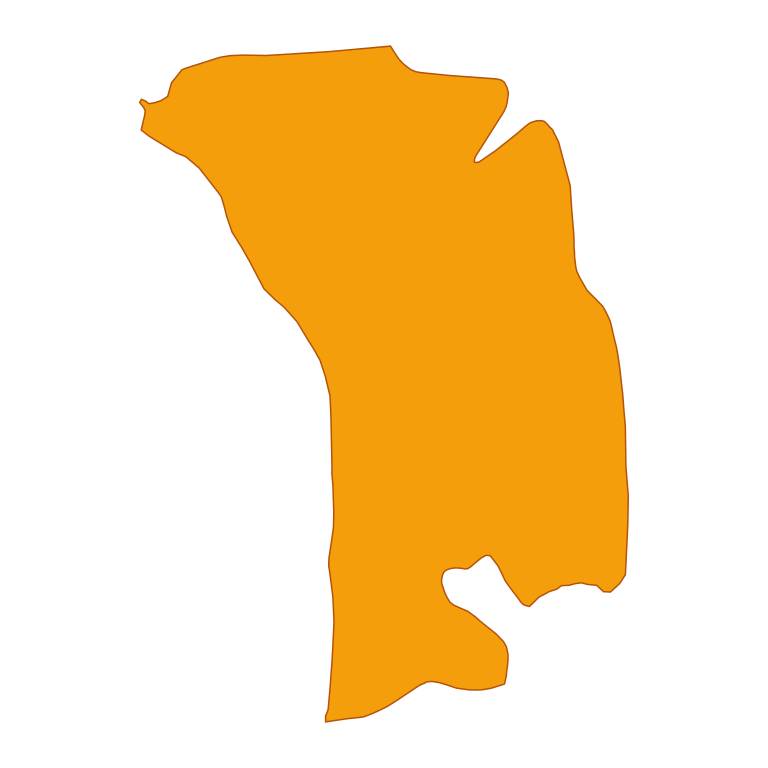 Thakhek, Khammouan, Laos
{"feature_id": "54806243B53814291483739", "entity_name": "Thakhek", "entity_type": "district", "adm_level": 2, "iso_a3": "LAO", "parent_name": "Laos", "parent_adm1": "Khammouan", "projection": "robinson", "projection_center": [104.881, 17.385], "detail": "fine", "context": "isolated", "style": "filled", "palette": "amber", "viewbox_px": 768, "rotation_deg": 0, "n_neighbors": 0, "source": "geoboundaries", "source_scale": "gbopen_adm2", "svg_char_len": 2837}
<svg xmlns="http://www.w3.org/2000/svg" viewBox="0 0 768 768"><path d="M141.2,130.0L149.1,136.2L176.0,152.7L186.0,156.8L199.2,168.1L217.6,191.6L221.3,196.8L224.3,206.8L226.7,216.5L232.1,232.2L241.5,247.1L249.4,261.0L263.9,288.7L275.1,299.7L284.1,307.2L297.0,321.7L308.2,340.3L313.8,349.2L320.0,360.2L325.3,376.2L330.0,396.0L330.9,415.1L331.6,447.8L332.0,466.1L332.0,466.3L331.9,473.5L332.9,484.9L333.8,513.1L333.4,528.0L330.9,545.3L329.0,557.8L328.7,566.2L329.7,572.0L332.9,597.1L334.0,621.7L332.8,647.3L331.9,663.0L330.1,687.3L328.1,709.6L326.5,714.0L325.9,715.2L325.6,715.7L325.6,721.9L346.5,718.8L359.8,717.4L363.9,716.8L370.9,714.1L377.8,711.1L387.0,706.6L393.6,702.5L419.0,685.6L422.4,684.0L424.3,683.3L426.6,681.9L431.9,681.4L439.3,682.6L445.6,684.5L456.4,688.1L468.4,689.8L475.9,690.0L482.0,689.8L486.9,689.0L490.9,688.3L496.4,686.6L504.5,684.0L506.3,676.0L506.7,671.2L507.4,666.2L508.0,660.3L508.0,654.3L506.3,646.5L503.4,641.5L495.8,633.7L490.1,629.1L485.9,625.8L480.3,621.3L475.3,616.8L470.9,613.6L467.9,611.3L462.6,609.1L453.7,605.1L449.9,602.2L447.2,597.7L445.0,593.2L443.3,588.2L441.7,583.5L441.6,579.8L442.4,575.3L443.8,572.2L445.8,570.3L448.0,569.4L449.9,568.7L454.3,568.0L457.9,568.0L460.8,568.2L464.6,568.9L467.6,568.7L470.7,566.8L473.5,564.4L481.4,557.8L484.0,556.4L485.9,555.4L487.7,555.4L490.1,555.7L492.0,558.0L497.9,565.7L502.2,574.4L505.0,580.4L508.4,585.4L513.3,592.0L517.8,597.8L519.9,600.8L522.2,603.7L524.4,605.1L529.4,606.5L539.0,597.1L549.7,591.4L556.7,589.2L561.6,585.6L569.1,585.3L574.9,583.7L581.3,582.8L587.4,584.4L596.6,585.3L603.6,591.7L610.5,592.0L619.8,583.4L625.4,574.7L625.8,566.5L627.8,524.3L628.3,496.2L625.9,466.3L625.4,430.3L625.3,426.0L624.8,420.0L623.9,410.3L622.7,393.9L621.9,387.4L619.8,368.3L618.9,361.9L618.0,356.0L616.6,348.0L613.0,333.2L611.9,328.0L610.9,323.7L609.7,319.9L605.8,311.7L602.6,306.1L587.1,290.4L579.7,277.6L576.9,271.6L575.9,267.6L575.2,261.9L574.6,257.2L574.5,252.3L574.0,246.7L574.0,243.2L574.0,242.4L573.9,238.0L573.8,234.4L572.4,217.6L571.6,208.1L570.2,185.7L558.6,142.1L555.1,135.0L552.6,129.9L548.6,125.9L546.7,123.6L544.3,121.4L541.7,120.7L539.1,120.7L537.0,120.7L534.4,121.4L531.8,122.2L529.4,123.3L525.5,126.3L517.4,133.3L495.4,150.8L479.1,162.0L476.5,162.4L475.4,162.4L474.4,162.0L474.4,160.2L474.8,158.3L475.9,155.8L503.8,111.8L506.2,106.5L507.2,102.2L507.9,96.6L508.4,93.7L507.9,90.7L506.8,87.0L505.4,84.3L504.1,81.9L500.8,79.9L496.2,78.9L480.0,77.7L449.4,75.5L424.5,73.0L419.5,72.4L415.8,71.7L410.9,69.7L406.2,66.2L402.8,63.4L398.9,59.1L394.3,52.2L390.5,46.1L328.1,51.7L266.0,55.5L242.9,55.1L230.7,55.6L225.5,56.4L220.0,57.3L199.0,64.0L186.1,68.1L182.0,69.7L171.5,82.8L167.7,96.4L160.9,100.7L154.4,102.8L148.8,103.7L145.4,101.0L141.4,99.3L139.7,102.5L143.5,107.2L145.3,110.9L144.5,116.0L141.2,130.0Z" fill="#f59e0b" stroke="#b45309" stroke-width="1.5"/></svg>